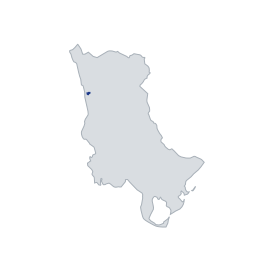 Dowletli, Chardzhou, Turkmenistan shown in context, rotated 223°
{"feature_id": "10190150B29958547271775", "entity_name": "Dowletli", "entity_type": "district", "adm_level": 2, "iso_a3": "TKM", "parent_name": "Turkmenistan", "parent_adm1": "Chardzhou", "projection": "robinson", "projection_center": [63.503, 39.056], "detail": "fine", "context": "in_parent", "style": "filled", "palette": "blue", "viewbox_px": 256, "rotation_deg": 223, "n_neighbors": 0, "source": "geoboundaries", "source_scale": "gbopen_adm2", "svg_char_len": 3808}
<svg xmlns="http://www.w3.org/2000/svg" viewBox="0 0 256 256"><g transform="rotate(223 128 128)"><path d="M79.2,89.0L89.9,89.6L93.2,90.0L94.6,88.6L94.5,88.2L94.0,87.9L93.3,86.9L92.8,80.2L93.7,79.3L94.8,78.6L96.4,76.5L97.3,75.8L98.5,75.3L102.6,75.1L104.3,74.7L105.8,72.3L106.2,70.9L107.3,69.8L107.9,69.8L110.7,70.8L111.3,71.3L112.2,73.0L113.2,72.9L113.3,72.6L113.2,72.3L112.5,71.2L110.8,69.2L109.1,67.9L109.0,67.5L110.5,66.5L113.4,66.9L114.1,66.6L114.9,65.0L118.7,68.6L119.4,69.0L122.4,69.4L123.0,69.9L123.9,72.0L125.0,72.5L126.3,72.9L131.7,73.0L133.4,74.4L133.7,74.7L133.3,75.7L133.2,77.5L132.7,78.3L133.0,78.6L134.9,79.4L136.1,80.6L136.2,81.1L135.8,81.4L134.9,81.3L134.5,81.8L134.5,82.8L135.1,83.7L135.3,84.5L134.3,86.5L134.3,87.3L134.6,87.7L139.5,90.7L140.2,90.8L145.0,90.2L145.9,90.6L150.1,91.2L151.2,91.1L152.0,90.2L152.8,89.8L153.5,89.8L155.5,90.4L157.6,91.6L158.9,92.8L159.6,93.8L161.5,99.5L162.7,101.9L164.2,103.1L165.2,105.3L166.1,110.2L166.7,111.2L168.9,113.1L180.6,121.1L184.1,124.7L189.5,128.2L191.5,127.8L195.8,131.4L198.5,132.8L202.0,135.0L209.3,140.0L210.9,140.2L212.7,139.5L214.2,139.9L217.0,141.2L220.0,143.1L222.5,143.8L223.3,144.7L223.3,145.1L221.9,147.6L221.7,150.6L221.9,154.8L221.3,154.9L216.3,153.7L211.5,151.1L210.4,152.0L209.8,152.8L208.7,156.4L202.3,156.6L198.6,158.4L195.2,170.1L194.4,171.5L192.3,173.4L188.6,175.3L188.1,176.1L188.0,176.8L187.5,177.0L185.5,177.0L177.7,179.5L176.0,179.5L175.4,179.8L175.1,180.2L175.9,182.5L175.2,183.2L174.7,184.4L174.3,186.4L169.2,189.6L168.1,189.9L166.1,189.6L165.0,190.0L163.9,191.0L163.4,190.7L163.2,189.6L162.6,189.0L159.5,186.4L155.8,186.8L154.5,186.6L153.4,186.2L151.7,184.7L150.7,183.3L149.5,183.5L149.2,182.9L149.2,182.1L149.5,181.2L149.4,179.4L148.8,178.1L148.1,177.6L148.9,175.6L148.9,174.0L148.4,172.4L148.2,170.0L148.4,167.7L147.7,166.5L137.0,166.6L133.2,161.2L131.7,159.9L126.4,157.6L124.9,156.4L123.7,155.1L123.5,153.2L122.9,152.1L122.1,152.0L117.9,149.8L116.3,149.2L114.0,149.8L112.6,149.2L111.1,150.0L110.4,150.0L108.7,149.5L106.6,147.6L104.9,146.8L101.2,145.6L98.6,145.2L96.4,144.4L96.1,144.2L96.1,142.5L95.8,141.8L95.2,141.0L94.3,140.4L90.3,140.5L88.5,139.8L87.1,139.7L84.0,139.9L83.0,140.3L82.4,140.8L81.9,142.4L81.6,142.7L78.6,142.7L72.1,142.3L69.4,143.1L65.1,145.6L62.7,147.7L61.9,148.6L60.4,152.3L59.8,152.8L58.9,153.2L58.1,153.3L54.2,154.7L52.7,155.1L48.9,154.9L48.2,149.5L48.0,145.2L48.7,139.3L48.6,135.4L49.4,129.6L49.2,128.2L47.4,125.7L47.2,123.9L46.0,123.8L44.1,122.3L42.2,121.7L41.3,121.7L40.4,122.1L39.7,123.0L39.4,121.6L39.4,120.2L41.0,117.3L42.0,118.1L43.1,118.5L46.0,118.3L45.8,117.3L44.3,116.3L44.0,115.0L44.2,113.6L44.6,112.3L44.2,111.8L43.6,111.4L42.0,111.5L37.9,111.0L37.4,112.5L38.4,114.5L36.7,112.2L35.5,109.9L34.8,107.2L34.8,104.2L36.6,99.5L38.1,93.7L39.6,96.1L40.7,97.2L43.2,97.9L44.4,97.7L45.8,97.1L47.0,97.3L48.9,99.8L50.4,100.1L53.4,99.1L54.8,98.9L56.0,99.4L57.2,99.4L56.7,98.2L56.6,97.0L57.3,96.4L59.6,97.1L61.5,96.4L61.9,96.1L62.1,95.1L61.9,93.2L61.5,92.3L60.5,91.1L56.5,88.3L55.1,87.2L54.0,85.8L52.4,80.0L51.1,76.4L50.5,75.9L48.1,75.6L43.6,76.5L41.9,76.3L41.2,76.7L39.2,78.2L38.3,79.6L37.0,82.6L37.8,83.6L36.9,88.7L37.2,90.9L37.0,91.0L35.8,88.3L34.0,85.6L32.7,81.5L35.6,78.8L38.0,76.9L40.5,75.4L43.2,74.5L49.1,73.0L52.3,72.4L54.9,72.3L56.9,73.2L62.2,76.6L64.5,78.4L65.1,79.2L65.7,81.0L69.5,86.8L70.4,87.6L71.9,89.4L73.4,90.0L79.2,89.0ZM38.8,130.7L38.7,131.4L38.0,129.1L37.7,126.5L38.2,125.8L38.8,125.8L38.2,126.8L38.8,130.7Z" fill="#d9dde1" stroke="#a8b0b8" stroke-width="1"/><path d="M180.8,125.1L180.3,125.2L180.2,125.2L179.9,125.4L179.9,125.5L180.1,125.7L180.1,126.4L180.1,126.7L180.1,126.8L179.9,127.0L179.8,127.3L179.8,127.6L180.1,127.8L180.2,127.7L180.4,127.4L181.0,127.0L181.1,126.7L181.1,126.3L181.1,126.2L181.6,125.7L180.8,125.1Z" fill="#3b82f6" stroke="#1e3a8a" stroke-width="1.5"/></g></svg>